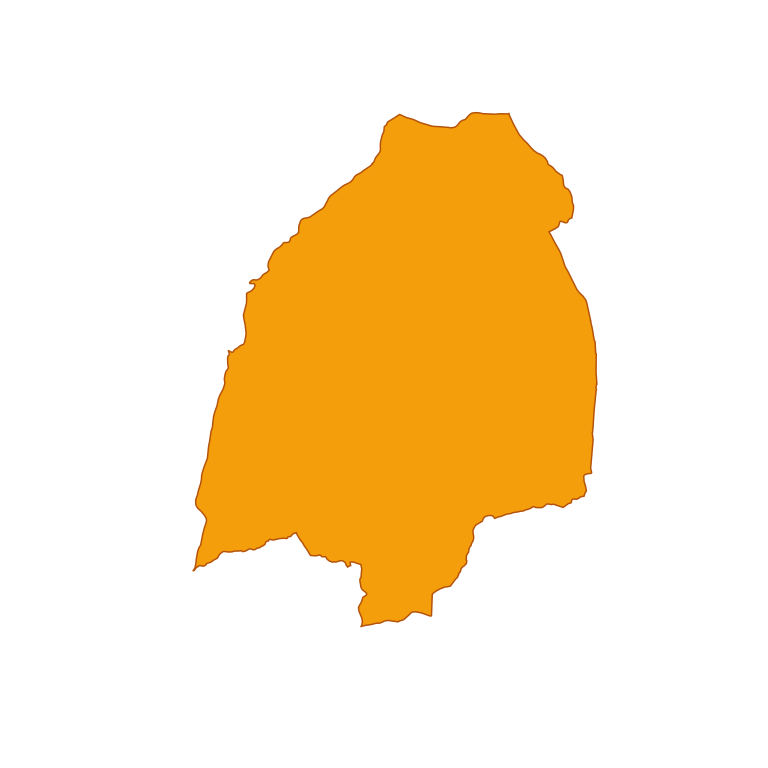 Adunati, Prahova, Romania (Equal Earth projection), rotated 59°
{"feature_id": "2599482B72969969985711", "entity_name": "Adunati", "entity_type": "district", "adm_level": 2, "iso_a3": "ROU", "parent_name": "Romania", "parent_adm1": "Prahova", "projection": "equal_earth", "projection_center": [25.597, 45.18], "detail": "fine", "context": "isolated", "style": "filled", "palette": "amber", "viewbox_px": 768, "rotation_deg": 59, "n_neighbors": 0, "source": "geoboundaries", "source_scale": "gbopen_adm2", "svg_char_len": 6170}
<svg xmlns="http://www.w3.org/2000/svg" viewBox="0 0 768 768"><g transform="rotate(59 384 384)"><path d="M445.9,644.2L446.0,642.6L444.7,639.5L444.6,639.0L444.8,637.1L444.4,636.3L444.8,635.4L447.0,632.8L447.4,631.4L447.4,630.2L446.6,628.3L447.5,624.2L447.5,622.7L447.2,620.0L447.5,616.9L446.8,615.2L446.1,614.4L445.4,612.9L444.8,610.1L444.8,608.3L445.2,607.2L447.6,604.3L449.3,601.4L449.7,600.4L450.1,598.4L452.3,594.6L453.4,592.2L454.9,591.5L455.8,589.0L456.0,584.6L456.2,584.0L457.0,582.9L458.5,581.8L459.4,580.2L459.5,578.8L459.3,577.5L460.2,575.2L460.2,573.6L460.0,573.1L460.4,571.0L460.1,568.5L458.8,567.0L458.6,566.5L458.4,565.4L458.9,564.4L459.0,563.7L458.2,562.3L458.5,561.5L460.0,560.2L460.9,558.8L462.7,553.1L464.8,549.0L466.3,547.1L466.4,546.2L465.6,545.0L465.7,544.4L466.4,543.3L466.6,542.4L465.8,540.2L465.6,537.8L466.2,536.8L466.3,535.8L468.7,536.1L475.3,536.1L477.4,535.6L482.1,535.7L486.2,535.3L492.0,535.4L493.2,535.2L495.9,531.4L496.6,530.0L497.0,528.3L497.9,526.8L500.0,526.2L502.0,523.1L502.7,522.9L505.0,523.0L507.3,522.1L510.0,520.1L510.3,519.7L510.4,518.9L511.7,517.2L512.5,514.6L512.8,512.9L513.9,510.9L514.9,510.1L517.2,509.2L519.8,509.7L522.1,509.5L522.2,508.3L522.0,506.8L522.5,506.1L519.9,505.2L519.3,504.8L519.5,504.2L520.7,502.1L526.9,496.8L531.7,498.6L532.1,499.1L538.1,503.5L538.4,504.5L539.1,505.3L540.6,506.2L546.7,508.5L549.1,508.6L552.5,507.2L554.7,506.8L555.4,507.1L555.9,508.0L555.9,511.3L556.1,512.1L558.9,515.2L562.1,520.6L563.0,521.3L566.5,522.6L572.9,523.5L576.2,524.7L578.9,526.8L580.0,528.4L581.5,523.7L583.4,519.4L585.1,513.7L586.7,511.0L587.2,508.6L587.4,506.0L588.3,503.2L588.8,502.2L595.1,494.5L595.2,492.1L595.9,489.9L596.1,488.3L594.8,481.4L594.1,479.1L594.0,477.7L594.4,476.4L595.6,474.2L599.5,469.8L606.0,464.5L607.1,463.3L607.0,462.6L589.1,450.9L588.6,449.2L588.3,445.8L588.5,441.4L589.3,436.6L590.4,434.2L591.4,431.1L588.2,423.3L587.5,420.4L586.4,419.2L586.2,418.5L585.0,417.7L584.4,415.5L582.0,413.0L581.3,410.9L581.2,409.1L580.3,405.8L578.0,404.0L577.7,404.2L576.7,403.9L575.5,402.9L573.9,402.2L573.6,401.5L572.8,400.6L571.7,398.2L568.8,395.7L567.5,393.7L567.3,392.5L565.9,391.3L564.4,388.6L562.7,386.9L561.6,386.0L557.0,384.1L555.5,383.2L554.6,382.3L553.0,379.7L552.2,377.8L552.2,370.3L551.0,369.0L549.7,366.3L550.3,362.6L552.1,359.6L553.4,358.6L556.3,358.2L556.6,355.4L557.7,351.8L558.8,345.7L560.3,342.1L560.7,339.8L561.7,337.0L562.6,335.2L563.2,332.9L564.7,329.6L564.8,327.1L565.5,325.7L565.9,323.0L566.1,320.5L565.9,319.3L567.1,318.0L567.7,317.8L568.5,316.9L570.6,313.5L571.4,311.8L571.2,308.9L570.7,306.8L570.7,306.3L572.3,303.9L573.5,302.7L574.4,300.5L577.7,297.8L582.0,294.0L581.5,287.5L582.2,285.2L581.8,284.3L580.3,283.0L580.0,282.4L579.9,281.8L580.3,280.7L582.1,278.0L582.2,275.5L582.0,273.5L583.2,270.4L580.9,267.7L580.3,266.2L579.7,265.5L574.5,263.6L570.6,262.7L565.8,260.2L565.2,259.0L565.2,257.8L566.0,255.1L567.3,252.5L567.2,252.0L566.8,251.6L562.7,250.3L539.4,233.4L533.2,230.7L533.0,230.3L529.0,227.3L514.2,217.0L498.7,205.4L498.5,204.9L496.5,204.3L493.4,201.8L493.6,201.5L483.5,196.4L467.4,186.5L465.3,186.4L465.2,185.9L456.2,181.2L454.5,181.2L444.3,177.1L436.3,174.5L436.4,174.3L418.5,168.3L416.1,167.8L411.1,168.2L406.6,169.5L402.3,170.0L382.6,168.4L376.7,168.3L363.5,165.3L360.4,165.0L348.9,164.7L342.3,164.2L338.6,164.3L339.0,156.6L338.9,153.8L337.9,152.3L335.6,149.9L335.3,149.1L336.3,147.8L338.7,146.0L339.3,145.4L339.8,144.3L339.9,143.9L339.7,143.1L338.4,141.6L338.1,140.3L338.0,138.9L338.4,137.5L332.1,131.8L328.8,129.7L325.1,129.0L321.4,127.1L319.2,126.3L315.0,125.6L311.8,125.9L310.6,126.8L309.0,127.5L306.6,127.8L300.8,125.1L297.0,123.8L295.1,125.1L290.3,127.1L285.8,127.7L283.7,128.4L280.4,130.2L277.5,129.4L274.0,129.4L272.6,129.6L269.8,130.6L266.9,132.2L265.1,133.6L261.4,135.2L256.7,136.4L251.7,137.2L247.0,138.5L240.4,139.6L237.8,139.6L227.1,139.1L218.1,138.1L216.5,137.6L216.4,138.5L211.7,146.1L210.2,149.4L203.5,159.6L200.7,162.7L199.3,164.5L197.7,167.6L197.1,169.2L197.1,170.8L197.5,173.0L199.1,178.1L198.4,181.1L198.4,183.3L198.8,184.9L199.8,187.0L200.3,189.5L200.3,191.2L199.1,194.4L196.3,197.8L195.3,199.8L194.6,200.2L188.7,208.8L187.5,210.2L178.8,218.2L172.4,222.6L166.9,227.8L161.9,231.1L161.1,231.8L160.9,232.3L161.2,236.7L161.3,245.8L161.4,246.2L163.0,248.3L163.6,251.2L167.1,253.8L168.3,255.1L169.7,257.3L174.4,262.0L177.1,264.0L181.7,266.6L182.4,267.3L183.5,269.0L185.7,274.7L188.1,277.8L188.6,279.0L189.1,280.9L189.5,280.8L190.1,283.6L190.5,292.0L190.9,294.5L190.9,297.2L190.7,297.7L190.7,300.7L191.2,302.5L192.8,305.7L193.5,308.0L193.6,310.5L193.1,315.9L193.4,319.9L194.2,324.7L194.7,329.5L195.3,333.6L196.0,335.3L201.3,343.9L201.9,345.7L202.1,348.2L202.0,351.3L202.7,361.2L202.5,362.6L200.7,367.6L200.6,368.8L200.9,370.7L201.5,371.8L204.7,375.6L210.0,379.1L210.7,381.0L210.8,382.2L210.5,385.9L210.5,388.0L211.1,389.2L213.0,391.2L213.4,392.6L212.5,394.9L211.3,396.7L211.3,397.8L212.5,400.4L213.0,404.3L212.8,405.4L213.1,408.5L213.9,410.7L219.6,419.7L221.0,421.1L222.7,422.4L224.3,423.1L227.0,423.7L227.4,424.1L228.0,427.0L228.0,431.5L229.5,434.9L229.7,437.7L229.2,439.7L227.3,442.4L227.1,443.4L227.3,445.8L228.0,447.0L228.6,447.2L229.5,446.3L230.4,444.5L231.4,443.6L232.4,443.5L233.2,443.9L234.8,446.0L235.8,449.3L235.8,451.4L235.5,453.8L235.7,455.2L241.9,458.9L244.4,460.7L252.4,468.9L255.4,470.3L261.7,472.5L268.5,475.6L269.8,476.3L272.1,478.1L276.4,482.0L277.6,483.8L277.2,487.0L277.2,488.3L277.7,490.4L277.6,493.5L278.0,495.2L278.9,497.3L278.5,498.1L275.4,500.1L275.4,500.3L278.1,500.9L279.3,501.8L279.7,503.3L281.2,504.7L285.6,507.2L289.9,509.1L290.6,510.1L291.7,512.7L293.6,515.0L297.3,518.2L301.4,520.0L303.3,522.0L305.5,524.5L309.1,530.6L311.6,533.7L316.7,538.4L320.3,542.8L323.6,546.4L328.9,550.6L332.4,553.1L335.7,556.8L343.3,563.0L347.3,566.6L356.3,573.3L358.3,575.6L362.3,580.8L366.2,585.2L368.6,587.5L372.1,589.9L374.7,592.3L380.2,598.4L382.9,600.9L385.1,603.7L386.6,605.3L389.6,607.0L391.8,607.7L394.7,607.6L398.6,606.4L404.1,605.5L407.6,605.6L409.8,606.5L412.0,608.7L414.7,612.0L419.9,617.2L427.4,623.9L428.9,626.6L430.7,629.0L432.8,631.1L437.7,635.3L441.0,637.7L444.4,640.9L445.9,644.2Z" fill="#f59e0b" stroke="#b45309" stroke-width="1.5"/></g></svg>